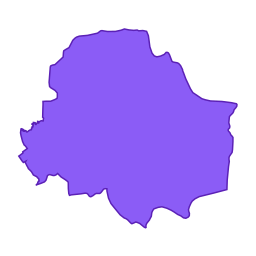 outline of Buon Ho, Đắk Lắk, Vietnam, rotated 273°
{"feature_id": "81297802B72254139131894", "entity_name": "Buon Ho", "entity_type": "district", "adm_level": 2, "iso_a3": "VNM", "parent_name": "Vietnam", "parent_adm1": "Đắk Lắk", "projection": "mercator", "projection_center": [108.269, 12.851], "detail": "fine", "context": "isolated", "style": "filled", "palette": "violet", "viewbox_px": 256, "rotation_deg": 273, "n_neighbors": 0, "source": "geoboundaries", "source_scale": "gbopen_adm2", "svg_char_len": 4683}
<svg xmlns="http://www.w3.org/2000/svg" viewBox="0 0 256 256"><g transform="rotate(273 128 128)"><path d="M150.1,41.7L147.5,41.9L143.0,42.0L134.3,42.2L134.2,42.5L133.9,42.8L133.4,43.2L133.2,43.2L132.9,43.0L130.8,43.0L130.6,42.9L130.6,42.7L130.6,42.4L130.6,42.2L130.7,41.9L130.7,41.4L130.7,41.0L130.6,40.7L130.2,40.0L129.9,39.5L129.7,39.2L129.6,38.9L129.6,38.6L129.7,38.3L129.8,37.9L129.9,37.7L129.9,37.4L129.7,37.4L129.6,37.5L129.3,37.9L129.1,38.2L129.0,38.5L128.8,38.7L128.7,38.7L128.4,38.6L128.4,38.4L128.3,38.2L128.3,37.8L128.3,37.3L128.3,37.1L128.2,36.8L128.1,36.7L127.7,36.4L127.2,36.3L127.1,36.2L126.9,36.0L126.7,35.9L126.7,35.7L126.8,35.4L127.0,35.3L127.4,35.4L127.5,35.4L127.8,35.4L128.1,35.3L128.2,35.2L128.4,35.0L128.4,34.9L128.5,34.8L128.5,34.4L128.5,34.0L128.6,33.8L128.6,33.4L128.6,33.2L128.4,33.2L128.1,33.3L128.0,33.5L127.9,33.6L127.7,33.7L127.4,33.6L127.4,33.3L127.4,32.5L127.3,32.3L127.3,32.1L127.2,32.0L127.0,31.9L126.8,31.9L126.8,32.0L126.7,32.0L126.4,32.4L126.2,32.8L126.1,33.0L125.9,33.2L125.7,33.2L125.3,32.9L125.2,32.9L124.8,32.9L124.6,33.0L124.4,32.9L124.2,32.9L124.2,32.7L124.2,32.3L124.2,32.2L123.8,32.1L123.7,32.1L123.4,32.2L123.3,32.3L123.2,32.3L123.0,32.2L122.9,32.0L122.9,31.8L122.8,31.6L122.7,31.6L122.2,31.7L121.6,31.7L121.4,31.7L121.2,31.5L121.1,31.4L121.0,31.2L121.0,30.7L121.0,30.4L120.9,30.3L120.8,30.2L120.6,29.9L120.5,29.7L120.3,29.4L120.1,29.0L119.8,28.8L119.5,28.4L119.0,27.8L118.9,27.7L118.8,27.3L118.8,27.1L119.0,26.8L119.0,26.7L119.3,26.5L119.5,26.5L119.8,26.4L119.9,26.2L119.9,25.8L119.9,25.7L120.0,25.5L120.1,25.3L120.2,25.1L120.2,24.9L119.9,24.7L119.8,24.8L119.6,24.9L119.5,25.0L119.4,24.9L119.3,24.7L119.3,24.4L119.3,24.1L119.5,23.6L119.7,23.3L119.8,23.1L120.0,23.0L120.3,23.4L120.4,23.5L120.5,23.6L120.8,23.7L121.0,23.5L120.9,23.3L120.8,23.2L120.5,23.0L120.4,22.9L120.3,22.6L120.3,22.4L120.4,22.2L120.5,22.1L120.9,22.1L121.1,22.2L121.2,22.3L121.3,22.3L121.5,22.3L121.5,22.2L121.7,21.9L121.6,21.7L121.6,21.4L121.5,21.2L117.6,20.9L114.7,21.6L108.8,23.5L105.6,25.2L104.9,26.2L103.6,27.4L102.2,28.5L98.7,24.1L97.7,24.5L97.1,23.9L94.2,20.4L89.7,23.8L88.1,25.3L89.5,27.7L88.3,27.1L87.2,27.8L85.4,28.8L84.4,29.4L83.2,30.2L82.2,30.6L81.4,31.6L79.5,33.7L78.4,34.5L76.1,36.0L76.0,36.3L75.5,37.4L75.3,37.7L75.0,38.5L74.9,38.8L74.7,39.2L74.6,39.4L74.4,39.6L74.2,39.8L73.8,40.0L73.7,40.1L73.5,40.3L73.3,40.6L73.0,41.1L72.9,41.3L72.7,41.4L72.4,41.5L72.1,41.6L71.8,41.7L71.5,41.7L71.3,41.7L71.1,41.8L70.9,41.9L70.7,42.0L70.4,42.0L70.2,41.7L69.9,41.2L69.0,40.8L67.9,40.6L67.7,40.5L67.5,40.4L67.2,40.0L67.1,39.9L66.9,39.7L66.6,39.5L66.4,39.4L66.3,39.5L66.7,40.2L68.1,43.8L69.8,47.4L71.5,48.8L74.3,49.6L76.1,50.0L76.9,50.9L77.3,51.7L77.3,52.9L76.6,55.8L76.8,57.3L77.6,58.8L78.9,60.1L75.6,63.7L73.1,68.1L71.3,70.7L70.3,71.2L64.3,71.6L59.4,72.3L57.7,73.1L58.3,75.0L59.8,84.5L60.7,88.7L60.5,90.5L59.8,91.4L57.9,92.9L57.5,93.7L57.4,94.5L58.6,96.5L60.5,98.7L61.0,99.8L61.1,102.8L61.4,103.6L62.4,104.6L64.6,106.1L65.6,106.8L66.2,108.1L66.2,110.1L63.8,110.3L56.9,112.2L51.6,115.0L47.8,118.4L40.9,124.7L38.0,128.8L37.2,131.1L36.1,132.7L33.2,135.8L32.6,136.9L33.9,139.6L34.5,140.6L34.3,141.8L33.3,144.7L29.9,149.3L29.3,150.6L29.6,151.2L31.1,151.0L32.5,151.2L33.9,151.8L37.4,154.3L38.3,154.6L41.0,155.9L44.8,156.2L46.8,157.0L48.6,158.1L50.3,162.2L51.1,166.0L49.9,171.1L48.1,175.5L46.5,178.5L44.3,182.1L43.0,185.4L41.2,188.1L40.9,190.5L42.2,192.8L43.6,193.8L46.0,193.8L48.0,193.0L49.7,192.7L52.4,193.3L56.3,194.8L58.4,196.0L60.8,198.6L63.2,202.7L67.5,216.9L71.7,230.0L81.0,229.8L94.8,230.4L99.9,230.9L101.9,230.5L103.8,230.4L105.3,230.9L109.0,233.2L111.8,233.5L119.8,233.5L124.1,233.3L125.7,232.0L126.6,231.0L128.5,230.1L130.4,228.3L131.2,228.1L132.0,228.3L133.5,229.5L135.2,229.6L138.4,228.4L143.3,228.6L144.7,228.7L145.9,229.6L148.3,231.8L149.7,232.5L151.8,233.0L153.7,234.5L155.4,235.5L157.1,235.6L157.9,235.0L158.7,229.9L159.4,220.3L159.3,209.0L160.2,203.8L161.1,200.3L163.5,196.3L166.7,190.9L170.4,188.3L180.1,183.1L186.4,180.4L187.7,179.7L189.2,179.4L193.1,177.2L195.1,175.2L195.7,173.7L196.2,169.7L196.9,168.4L203.3,165.6L205.1,164.4L205.6,163.2L205.5,162.1L203.4,160.4L201.5,156.7L200.6,153.1L201.3,150.5L204.0,148.1L210.1,145.6L216.6,144.4L221.3,143.5L225.5,141.5L226.1,137.7L225.6,133.7L226.3,132.0L225.8,128.6L226.0,123.8L226.7,119.2L225.3,116.0L223.8,110.4L223.3,102.5L223.7,98.5L223.9,96.9L223.6,95.6L221.1,92.6L218.4,82.8L217.2,74.6L216.1,71.9L214.9,70.3L212.7,68.3L205.2,64.9L202.8,61.2L201.7,59.8L200.4,59.6L195.5,59.5L187.5,51.8L186.8,49.1L185.9,47.5L184.9,47.2L169.5,46.8L165.4,47.5L164.3,48.5L161.7,53.2L159.2,55.6L155.4,55.8L153.8,55.5L152.5,53.3L150.7,49.4L150.4,44.3L150.1,41.7Z" fill="#8b5cf6" stroke="#5b21b6" stroke-width="1.5"/></g></svg>